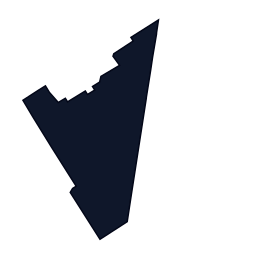 Douglas, Nevada, United States of America (Natural Earth projection), rotated 238°
{"feature_id": "52423323B42659235998259", "entity_name": "Douglas", "entity_type": "district", "adm_level": 2, "iso_a3": "USA", "parent_name": "United States of America", "parent_adm1": "Nevada", "projection": "natural_earth1", "projection_center": [-119.503, 38.824], "detail": "fine", "context": "isolated", "style": "filled", "palette": "ink", "viewbox_px": 256, "rotation_deg": 238, "n_neighbors": 0, "source": "geoboundaries", "source_scale": "gbopen_adm2", "svg_char_len": 595}
<svg xmlns="http://www.w3.org/2000/svg" viewBox="0 0 256 256"><g transform="rotate(238 128 128)"><path d="M144.4,159.9L165.3,178.1L175.4,186.7L192.5,201.9L193.9,202.9L202.3,210.1L203.5,211.1L203.3,178.5L199.0,178.5L198.5,155.3L196.8,153.3L185.6,154.1L186.1,132.4L182.0,128.3L182.0,119.9L177.8,119.9L177.9,111.4L182.0,111.4L182.2,90.6L186.4,90.6L186.6,82.4L199.9,80.2L207.5,80.3L207.5,72.0L207.2,53.6L187.5,53.2L152.3,53.0L106.1,53.2L106.1,49.0L104.0,44.9L48.5,45.3L48.7,58.2L49.0,77.7L71.1,96.7L143.8,159.5L144.0,159.6L144.4,159.9Z" fill="#0f172a" stroke="#020617" stroke-width="1.5"/></g></svg>